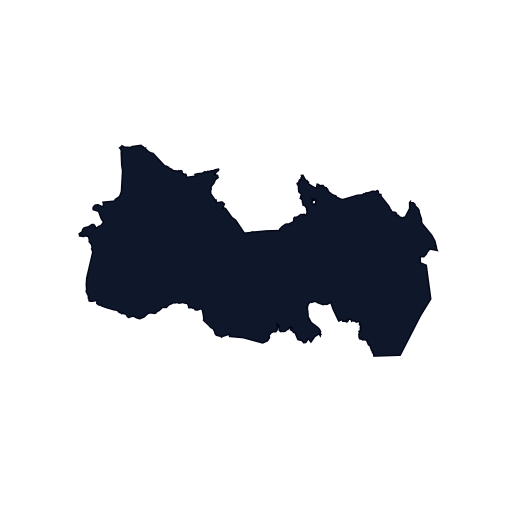 outline of Tangancícuaro, Michoacán, Mexico, rotated 41°
{"feature_id": "50627088B86579447332428", "entity_name": "Tangancícuaro", "entity_type": "district", "adm_level": 2, "iso_a3": "MEX", "parent_name": "Mexico", "parent_adm1": "Michoacán", "projection": "albers", "projection_center": [-102.26, 19.874], "detail": "fine", "context": "isolated", "style": "filled", "palette": "ink", "viewbox_px": 512, "rotation_deg": 41, "n_neighbors": 0, "source": "geoboundaries", "source_scale": "gbopen_adm2", "svg_char_len": 6152}
<svg xmlns="http://www.w3.org/2000/svg" viewBox="0 0 512 512"><g transform="rotate(41 256 256)"><path d="M238.5,164.3L237.4,165.4L239.0,166.4L238.7,167.4L239.8,169.0L238.9,170.0L239.6,171.9L240.4,172.8L240.2,173.5L239.4,173.8L239.6,174.5L241.2,175.1L242.4,175.1L242.7,176.1L246.0,179.3L247.3,179.7L247.9,179.3L248.6,179.5L249.8,179.3L250.7,181.8L251.6,182.5L251.5,183.4L254.3,183.3L255.9,185.1L257.6,186.0L257.9,186.7L260.2,186.0L263.2,186.9L264.0,188.1L265.7,189.1L267.0,192.2L266.6,192.8L265.0,192.9L263.6,194.6L262.6,195.2L261.7,199.0L260.9,200.5L259.7,201.5L259.9,202.8L261.8,205.3L259.8,210.3L257.6,212.3L256.5,216.5L256.3,219.2L256.3,220.1L256.9,221.5L247.4,230.2L239.8,238.2L237.1,240.6L236.6,241.8L232.2,246.4L217.2,242.3L212.5,242.7L202.1,240.2L200.3,240.7L199.7,242.4L198.0,237.5L194.8,237.5L192.0,240.9L190.8,241.5L189.1,239.9L188.3,240.6L180.5,238.5L180.0,237.5L179.2,237.1L178.5,235.4L178.1,235.4L178.0,234.6L177.4,234.5L176.5,232.2L176.5,228.8L175.3,225.0L176.0,221.7L174.0,220.4L171.4,221.9L171.0,221.6L171.4,220.6L171.0,219.6L171.2,216.9L171.6,216.4L171.2,215.3L170.7,215.0L168.3,218.1L168.2,218.9L167.5,220.0L166.5,220.7L165.5,222.5L163.8,224.1L163.7,225.1L161.9,226.1L161.3,228.7L158.0,232.1L156.4,234.5L158.1,235.3L152.0,242.2L149.8,240.4L148.9,240.6L148.7,241.3L147.6,241.5L148.0,242.0L147.1,242.5L144.3,240.5L143.1,241.0L143.0,241.9L142.1,242.2L142.3,242.4L141.7,242.5L141.3,243.2L137.5,245.9L135.3,245.9L133.1,246.7L131.8,246.4L129.1,247.1L128.2,247.9L110.8,246.1L110.2,246.7L106.6,247.8L101.4,247.5L101.4,247.2L100.5,248.0L99.5,247.6L99.4,248.3L98.9,248.7L98.1,247.9L96.7,247.8L90.6,254.8L90.3,256.2L85.4,260.1L82.5,260.7L82.5,262.4L82.1,263.9L84.2,264.1L85.2,265.1L86.4,265.7L86.5,266.5L87.5,266.7L87.2,267.2L95.3,275.8L99.3,279.1L112.1,295.6L113.8,299.9L113.8,301.7L113.2,303.6L113.4,304.3L112.6,305.3L113.2,307.4L105.2,315.8L106.9,316.8L108.2,319.5L103.1,321.0L101.3,323.0L101.1,324.2L101.2,326.0L101.9,327.2L102.8,327.8L107.9,325.6L114.6,329.3L118.7,330.5L118.8,331.0L119.0,335.5L118.1,336.1L117.2,339.3L116.4,340.1L115.4,339.3L113.8,338.7L112.2,339.1L111.4,340.2L110.5,343.7L107.9,347.4L107.8,349.8L108.9,351.6L108.0,355.4L109.4,356.0L109.7,356.6L113.3,354.3L113.3,353.2L116.9,351.2L120.0,353.5L120.6,354.6L124.4,355.3L125.7,356.2L127.8,358.3L127.5,358.6L129.4,359.5L130.5,360.6L142.7,383.7L147.0,389.3L149.9,392.1L151.2,394.3L155.7,396.1L157.2,397.9L158.4,398.2L159.3,399.3L160.2,399.1L162.0,397.7L165.0,394.1L165.5,394.2L167.0,396.3L169.9,396.0L170.7,394.6L171.8,395.1L177.4,392.9L184.1,389.8L186.7,388.1L189.7,388.3L191.6,387.6L192.6,387.6L193.3,386.6L195.8,385.4L197.4,385.5L198.5,386.1L200.1,386.0L200.5,385.8L201.2,384.0L203.3,381.6L206.2,381.1L209.4,379.7L211.6,375.4L211.9,371.6L212.5,369.7L213.9,367.9L217.0,366.0L217.8,364.8L217.8,362.6L218.7,360.7L219.2,355.8L220.6,355.1L221.2,354.2L222.2,353.6L222.2,350.2L223.9,346.7L223.9,345.8L225.3,344.9L227.2,342.6L228.8,342.2L231.3,339.1L233.9,337.9L234.7,337.0L236.3,337.2L238.1,338.1L238.9,339.0L239.6,339.0L240.7,337.5L242.4,336.9L243.4,336.0L245.5,336.5L247.1,335.4L249.2,331.7L250.9,332.0L254.0,334.3L257.9,337.7L258.6,339.0L265.3,339.2L268.9,339.6L271.0,339.0L273.8,339.9L276.1,341.4L278.0,341.8L282.4,339.7L283.2,339.9L283.5,338.7L287.2,332.4L287.6,333.3L288.9,334.0L299.8,326.1L318.2,317.2L318.5,315.7L319.0,315.5L319.3,314.3L320.2,313.2L320.2,311.3L319.7,308.7L317.9,307.5L317.9,304.7L317.5,304.3L318.8,301.7L320.6,300.3L320.5,298.0L318.5,295.0L316.6,293.4L319.0,293.6L322.0,296.6L324.0,297.0L327.3,293.9L327.6,291.6L328.3,290.1L328.1,287.9L329.0,286.7L330.5,286.5L329.6,288.0L330.4,289.0L333.3,288.6L334.5,289.1L335.2,288.4L336.1,288.4L342.5,291.6L345.9,289.7L348.9,290.2L349.4,289.7L350.2,288.8L350.3,288.0L349.5,284.0L353.9,284.9L353.4,280.1L353.1,280.0L353.4,277.5L354.7,273.3L356.9,274.1L356.4,273.1L356.5,272.6L355.1,272.2L354.4,270.8L352.1,269.7L349.4,269.4L341.3,270.0L334.3,267.3L334.2,266.5L330.5,263.0L329.0,262.4L329.1,261.6L328.5,261.6L328.3,260.9L327.8,260.7L327.9,260.1L327.5,259.9L327.7,259.3L327.0,258.2L327.1,255.5L327.8,254.6L328.3,254.6L330.3,251.5L330.6,251.2L333.2,250.8L338.6,248.7L339.3,247.4L341.3,246.0L342.9,242.0L349.2,245.6L361.1,250.8L362.6,247.8L363.8,247.9L364.3,248.3L366.7,246.3L367.7,246.4L368.1,245.6L367.7,245.1L368.0,244.4L367.8,244.1L366.8,244.0L366.7,243.0L367.7,242.9L368.0,242.3L369.2,241.8L369.9,241.7L371.0,242.5L371.4,241.3L372.3,241.1L372.9,240.3L375.1,240.1L376.1,238.5L377.5,237.9L378.6,238.7L378.8,239.6L379.7,239.3L380.2,240.2L380.6,239.9L381.9,240.7L381.5,241.0L381.6,241.4L382.3,241.7L382.4,242.4L382.8,242.2L383.4,243.2L383.9,243.3L383.1,245.3L384.7,246.1L384.8,247.3L387.4,250.0L389.1,250.4L389.3,249.5L391.5,249.4L392.8,248.0L394.2,247.2L395.1,247.2L399.1,249.2L400.1,249.1L400.6,248.7L404.9,251.3L406.1,251.5L407.3,252.4L409.1,252.8L410.6,254.2L429.9,236.3L419.2,192.8L416.1,173.8L390.6,151.3L384.4,153.3L380.4,148.7L383.1,146.5L383.3,142.8L382.7,141.0L382.6,136.7L389.2,132.9L388.0,132.4L385.5,130.3L384.3,130.5L384.6,129.8L381.3,127.4L375.2,125.1L359.9,122.5L358.3,121.4L356.7,119.6L350.6,116.0L348.8,114.4L346.8,113.9L343.2,113.7L342.0,112.7L339.7,112.7L338.5,113.6L337.9,115.0L336.9,113.8L336.9,115.0L340.8,119.3L342.9,128.1L342.9,129.4L341.9,130.1L342.0,131.0L338.2,132.5L336.9,131.9L335.5,132.6L335.3,133.2L334.2,131.8L332.8,131.6L331.3,132.3L330.2,133.5L327.7,132.9L327.5,132.6L326.3,132.6L325.3,131.9L324.5,132.1L323.9,131.3L311.1,128.9L310.0,127.6L307.8,128.9L306.2,127.2L305.3,126.9L304.5,127.1L304.3,128.3L303.8,129.0L301.5,130.6L299.4,134.4L297.5,136.4L297.4,137.6L296.4,138.4L296.5,139.3L296.0,140.3L292.7,143.6L284.8,156.0L283.4,157.2L278.1,158.8L277.0,158.2L273.2,159.7L271.2,159.6L270.1,160.0L268.0,159.6L266.0,158.6L264.9,158.7L264.3,158.3L262.6,159.3L260.4,158.8L260.2,159.4L259.4,159.5L258.3,160.9L256.1,161.1L255.0,161.7L256.7,164.3L256.5,165.6L252.6,166.5L247.9,167.2L247.5,167.0L247.4,166.0L245.0,165.7L244.7,166.1L242.9,166.0L238.5,164.3ZM263.0,174.1L264.3,174.3L267.1,178.1L265.9,178.5L266.1,178.9L264.0,179.7L263.8,179.2L263.1,179.5L262.4,176.4L259.9,175.9L260.8,175.7L263.0,176.3L263.6,175.4L262.7,174.6L263.0,174.1Z" fill="#0f172a" stroke="#020617" stroke-width="1.5"/></g></svg>